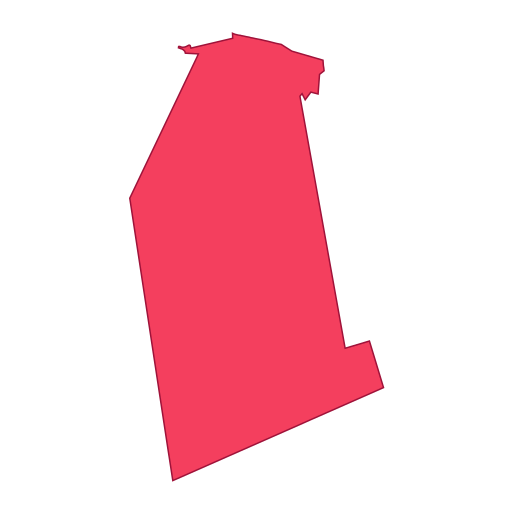 outline of San Felipe de Jesús, Sonora, Mexico, rotated 269°
{"feature_id": "50627088B39189981083600", "entity_name": "San Felipe de Jesús", "entity_type": "district", "adm_level": 2, "iso_a3": "MEX", "parent_name": "Mexico", "parent_adm1": "Sonora", "projection": "natural_earth1", "projection_center": [-110.249, 29.87], "detail": "fine", "context": "isolated", "style": "filled", "palette": "rose", "viewbox_px": 512, "rotation_deg": 269, "n_neighbors": 0, "source": "geoboundaries", "source_scale": "gbopen_adm2", "svg_char_len": 1018}
<svg xmlns="http://www.w3.org/2000/svg" viewBox="0 0 512 512"><g transform="rotate(269 256 256)"><path d="M122.2,381.2L169.0,367.9L162.2,343.5L415.0,302.7L417.5,304.9L411.3,307.9L418.9,313.7L416.9,320.9L436.5,322.7L440.0,327.3L443.2,327.0L445.1,326.7L450.6,326.4L460.2,295.4L464.8,288.4L467.1,285.0L468.3,279.7L470.6,271.3L471.2,268.6L472.2,264.8L472.7,262.4L473.4,259.1L473.7,257.9L474.0,256.7L474.3,255.0L474.5,254.2L474.7,253.7L475.0,252.6L475.5,249.9L475.8,248.8L476.1,247.5L476.3,246.6L476.5,245.5L476.9,244.2L477.0,243.2L477.3,241.6L477.6,240.6L477.8,239.8L478.0,239.0L478.4,238.0L478.6,237.5L479.1,236.4L474.1,236.5L465.0,194.6L467.6,193.8L468.0,193.1L467.9,192.3L467.3,191.2L466.6,189.7L466.2,188.5L466.0,186.7L466.1,185.4L466.9,183.4L466.8,182.3L465.5,182.1L465.3,182.7L464.7,184.1L464.2,185.7L463.5,186.8L462.9,187.4L461.9,188.4L460.0,188.9L459.1,201.9L455.8,200.4L316.0,130.8L62.2,164.9L56.5,165.7L32.9,168.9L88.2,300.4L91.4,307.9L122.2,381.2Z" fill="#f43f5e" stroke="#9f1239" stroke-width="1.5"/></g></svg>